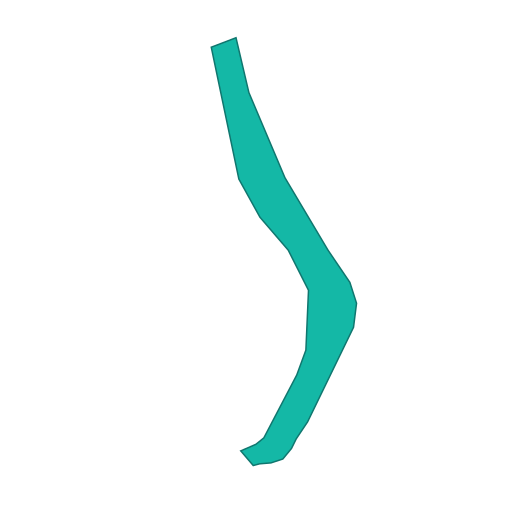 map outline of Central Eleuthera (Robinson projection), rotated 21°
{"feature_id": "BHS-5028", "entity_name": "Central Eleuthera", "entity_type": "District", "adm_level": 1, "iso_a3": "BHS", "parent_name": "The Bahamas", "parent_adm1": "", "projection": "robinson", "projection_center": [-76.183, 25.14], "detail": "fine", "context": "isolated", "style": "filled", "palette": "teal", "viewbox_px": 512, "rotation_deg": 21, "n_neighbors": 0, "source": "natural_earth", "source_scale": "10m", "svg_char_len": 467}
<svg xmlns="http://www.w3.org/2000/svg" viewBox="0 0 512 512"><g transform="rotate(21 256 256)"><path d="M159.1,59.4L190.8,106.0L254.9,172.5L321.2,224.8L353.1,247.0L366.8,264.1L372.6,287.6L363.6,392.4L359.1,412.2L358.1,423.0L353.8,435.9L344.1,443.8L333.9,448.7L328.5,452.6L311.6,443.4L323.4,431.8L328.5,423.0L336.7,352.4L336.3,326.0L317.3,269.2L284.0,239.0L245.8,218.4L212.4,190.3L139.4,77.1L159.1,59.4Z" fill="#14b8a6" stroke="#0f766e" stroke-width="1.5"/></g></svg>